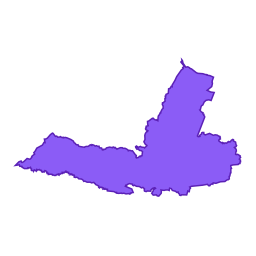 Ban Pong, Ratchaburi, Thailand (Albers equal-area conic projection)
{"feature_id": "78962969B74786164204095", "entity_name": "Ban Pong", "entity_type": "district", "adm_level": 2, "iso_a3": "THA", "parent_name": "Thailand", "parent_adm1": "Ratchaburi", "projection": "albers", "projection_center": [99.771, 13.854], "detail": "fine", "context": "isolated", "style": "filled", "palette": "violet", "viewbox_px": 256, "rotation_deg": 0, "n_neighbors": 0, "source": "geoboundaries", "source_scale": "gbopen_adm2", "svg_char_len": 5903}
<svg xmlns="http://www.w3.org/2000/svg" viewBox="0 0 256 256"><path d="M213.5,77.2L209.9,75.6L207.1,75.2L207.1,74.7L206.7,74.6L205.3,74.5L202.8,73.7L197.8,73.3L196.2,72.6L191.5,68.9L189.9,68.4L189.7,67.9L187.8,66.8L185.8,67.2L183.1,63.3L182.4,60.5L181.9,59.9L182.1,61.2L181.1,61.6L180.9,62.1L183.8,65.7L184.0,66.7L182.7,67.5L183.2,68.6L181.4,69.9L176.7,76.6L175.0,80.3L172.1,85.2L172.2,86.7L171.2,86.4L170.1,88.3L168.6,88.8L168.3,93.3L166.0,94.4L165.8,96.0L165.2,96.2L165.6,98.1L164.9,98.5L165.0,101.3L164.2,101.7L163.5,102.7L162.5,102.8L162.3,104.6L163.1,105.9L163.1,108.4L162.1,109.3L160.9,111.7L160.7,112.9L160.2,112.8L159.3,114.9L158.6,115.4L158.2,116.5L157.8,120.7L156.7,119.8L156.3,120.2L154.4,119.5L153.3,118.3L152.7,118.7L152.3,118.3L148.6,121.1L147.5,121.4L147.7,124.3L148.2,125.7L146.2,126.2L145.9,127.6L146.2,127.8L145.5,128.9L146.0,129.8L147.9,130.7L147.5,131.6L146.7,131.6L145.4,133.4L144.8,135.3L145.0,139.4L143.9,141.8L145.4,144.4L146.9,145.4L146.9,145.7L144.6,147.9L144.1,147.4L141.4,147.1L140.4,146.4L138.2,147.3L137.6,147.3L137.4,146.6L136.7,146.8L136.4,146.1L135.6,146.6L135.7,147.3L136.1,147.2L136.3,148.4L137.0,149.3L138.3,148.9L139.4,150.4L141.4,150.7L142.5,151.7L142.0,155.7L140.8,155.9L140.6,156.6L138.9,156.1L139.3,156.5L138.4,157.5L136.5,157.9L136.4,157.1L135.9,157.0L136.3,155.4L135.5,154.9L132.5,150.8L131.5,150.9L129.8,150.3L128.3,150.8L128.0,149.9L126.2,148.8L125.1,148.3L122.9,148.3L122.3,147.7L120.2,147.7L117.0,149.1L116.8,148.6L116.2,148.6L115.2,147.5L114.7,147.9L113.8,147.1L113.1,147.0L112.7,147.7L109.6,147.1L106.4,147.9L105.5,149.2L104.0,149.2L103.6,149.3L103.6,149.8L102.4,149.9L101.6,148.0L99.5,147.8L99.0,146.2L97.9,146.4L96.4,145.7L95.2,146.1L93.8,145.1L91.9,144.6L91.7,145.4L90.3,144.8L88.2,146.4L86.3,146.4L84.9,146.8L84.5,147.3L78.9,146.3L78.0,144.7L77.2,144.9L75.9,144.4L75.3,143.4L74.1,142.7L73.4,141.1L70.9,139.5L66.9,137.8L65.2,137.4L63.3,137.8L63.2,137.3L61.9,137.5L60.3,136.6L60.0,137.0L57.8,137.2L56.7,136.1L55.4,136.4L53.0,133.3L52.4,133.1L50.4,134.6L47.3,138.2L45.5,139.1L44.4,139.1L45.0,142.6L44.0,142.4L42.4,145.1L36.8,148.1L35.1,151.2L33.8,152.7L34.6,154.1L32.1,156.0L31.7,156.8L31.9,157.0L30.5,158.9L29.7,159.2L27.1,158.5L23.7,161.7L22.1,162.5L21.5,162.3L21.1,161.0L18.9,161.8L15.4,165.4L19.3,164.8L19.8,166.3L21.9,166.4L21.9,167.1L24.4,168.6L27.3,168.6L27.6,168.1L28.1,168.3L28.2,167.7L29.5,167.9L30.5,167.3L30.9,168.6L31.5,169.0L31.2,170.0L31.5,170.5L33.3,170.7L33.5,171.1L33.7,170.3L34.5,169.9L35.3,170.8L35.9,170.6L36.4,169.9L36.6,170.9L37.7,169.6L38.7,169.9L39.3,169.5L40.2,170.4L40.8,170.1L41.5,170.5L41.3,170.9L42.1,172.1L42.9,172.1L42.9,171.8L44.0,171.5L44.3,171.8L44.8,170.6L45.8,170.8L46.6,172.4L46.7,172.0L47.1,172.1L47.2,173.1L48.2,173.3L47.9,173.7L48.4,173.8L48.4,174.5L50.5,174.2L52.1,174.3L52.5,174.6L52.5,175.1L53.1,174.9L54.3,175.5L55.1,175.2L55.8,175.5L56.7,174.5L57.4,174.6L57.9,174.2L58.2,174.8L58.9,175.1L58.8,174.2L59.1,174.3L59.1,174.0L60.5,174.1L61.3,173.2L62.2,173.6L62.7,173.2L62.6,172.6L63.2,173.0L63.6,172.4L64.4,172.7L64.6,172.2L65.2,172.2L65.6,171.2L66.1,171.2L66.5,172.3L67.4,172.0L68.1,172.9L68.2,172.5L68.6,172.4L68.6,173.6L69.7,173.9L70.2,174.3L71.0,173.8L71.2,174.0L70.7,174.5L71.6,174.3L71.5,174.7L72.6,174.7L72.8,175.2L74.0,175.0L74.5,175.9L74.1,176.3L74.2,177.2L75.5,177.5L76.5,177.2L77.7,177.6L78.7,178.8L81.6,179.1L82.8,179.9L83.8,181.4L84.8,181.1L87.1,182.2L90.2,182.2L91.6,182.9L93.8,182.4L94.7,183.5L95.2,183.6L95.6,184.5L98.6,185.9L98.5,186.3L99.1,186.9L98.9,187.3L99.4,187.3L99.5,187.9L100.7,187.1L102.4,187.5L102.4,187.8L102.7,187.6L103.6,188.1L103.2,189.1L104.0,188.9L104.5,189.2L105.0,188.7L105.2,189.2L106.1,189.1L106.7,189.6L107.0,189.2L107.5,189.3L107.4,190.9L114.0,191.6L115.6,192.5L116.5,192.4L116.5,193.1L118.6,193.4L121.6,193.1L122.0,193.5L123.8,193.2L126.0,193.9L128.5,193.6L129.8,194.1L130.2,193.9L130.3,193.2L131.0,193.3L131.2,192.8L133.2,192.5L131.8,189.0L125.3,186.3L125.8,185.2L126.7,185.5L127.1,184.6L129.3,183.6L132.5,184.2L132.6,185.2L133.4,185.7L134.5,185.2L136.4,186.3L139.3,186.5L141.5,187.9L142.9,187.4L144.5,188.9L144.2,189.9L144.5,191.1L146.2,191.6L147.3,191.0L150.7,191.2L151.0,189.8L152.7,188.3L154.8,187.7L155.5,188.3L153.4,189.8L153.1,191.1L151.7,193.3L153.2,195.1L156.5,194.9L157.2,195.9L158.8,196.1L161.2,193.3L161.4,191.7L161.0,190.0L164.1,190.4L165.7,190.0L168.1,190.0L169.2,190.5L169.6,188.2L171.3,188.6L172.3,190.4L175.5,191.3L176.8,192.4L178.1,192.0L178.4,193.2L179.4,194.0L179.6,195.1L180.9,195.5L181.5,194.8L186.7,194.9L187.8,191.0L189.1,191.8L189.3,191.5L189.6,189.3L190.5,188.1L189.7,187.0L191.4,186.3L202.4,185.2L207.4,184.3L208.6,185.7L209.5,185.8L210.0,185.6L210.2,184.8L212.1,183.8L212.8,184.2L213.2,182.9L215.9,183.3L220.3,181.8L224.9,181.5L226.3,180.4L227.7,179.6L228.4,179.7L229.3,178.9L229.2,176.4L229.8,176.1L230.4,172.9L230.9,172.8L230.8,168.8L231.5,168.5L230.7,166.4L230.8,165.5L233.0,164.9L238.2,164.5L238.5,163.9L240.0,163.5L240.0,162.2L240.6,161.8L240.3,161.0L240.5,160.2L239.3,159.1L240.6,157.3L240.0,156.6L240.2,155.9L237.7,154.3L236.2,154.6L235.6,154.3L235.9,151.8L236.4,151.1L236.1,149.2L234.4,147.4L236.1,146.6L236.6,145.4L236.0,144.8L235.6,142.1L233.4,140.9L233.5,139.8L232.8,139.4L231.3,140.3L230.3,141.8L229.4,141.9L228.8,141.5L228.3,142.1L227.7,142.0L226.7,143.2L225.1,142.9L224.2,143.5L223.7,142.9L222.8,143.5L222.4,142.5L221.4,142.8L218.9,141.0L218.7,140.1L220.4,138.9L219.8,137.9L220.3,137.2L219.9,136.4L218.7,136.1L217.2,135.1L215.1,134.8L213.3,135.3L209.6,133.4L205.2,134.9L203.7,133.8L203.8,132.5L202.5,132.4L201.7,132.8L201.5,134.0L199.6,135.4L199.9,136.4L198.2,136.7L197.4,136.0L204.7,117.1L204.6,116.3L203.7,115.3L203.9,114.3L202.8,113.8L203.0,112.7L201.4,112.0L199.8,110.0L200.3,109.8L201.1,106.5L201.7,105.6L202.8,105.0L204.2,102.0L206.1,100.3L208.8,99.8L211.1,100.5L214.2,92.5L210.7,92.0L207.1,90.3L211.7,86.6L212.4,83.7L212.4,82.9L212.1,82.5L212.3,80.6L213.5,77.2Z" fill="#8b5cf6" stroke="#5b21b6" stroke-width="1.5"/></svg>